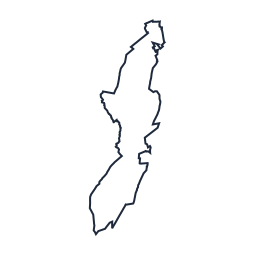 the district of San Buenaventura, Coahuila, Mexico, rotated 218°
{"feature_id": "50627088B12868426200060", "entity_name": "San Buenaventura", "entity_type": "district", "adm_level": 2, "iso_a3": "MEX", "parent_name": "Mexico", "parent_adm1": "Coahuila", "projection": "equal_earth", "projection_center": [-101.864, 27.841], "detail": "fine", "context": "isolated", "style": "outline", "palette": "slate", "viewbox_px": 256, "rotation_deg": 218, "n_neighbors": 0, "source": "geoboundaries", "source_scale": "gbopen_adm2", "svg_char_len": 5140}
<svg xmlns="http://www.w3.org/2000/svg" viewBox="0 0 256 256"><g transform="rotate(218 128 128)"><path d="M170.2,141.4L169.7,140.3L169.9,139.2L170.2,137.6L168.4,135.7L165.1,134.9L165.0,134.2L165.3,133.3L164.7,133.0L164.3,132.2L162.3,133.0L161.2,132.3L160.9,131.3L159.9,131.0L158.8,129.5L158.5,129.4L155.7,129.0L154.8,128.8L154.7,128.7L154.1,128.3L153.4,127.9L152.5,127.6L151.8,127.3L151.4,127.6L150.5,127.3L149.9,127.2L149.4,127.3L148.9,127.1L148.0,126.2L147.7,126.3L147.3,126.1L147.0,125.6L146.6,125.4L145.2,125.1L144.7,124.9L144.1,124.6L143.4,123.9L142.9,123.7L142.7,123.9L142.7,124.3L141.9,127.4L141.5,127.1L141.4,127.1L141.2,127.1L140.8,126.7L140.6,126.9L140.3,126.7L139.6,127.1L139.1,126.9L138.8,126.8L138.0,126.7L137.1,125.4L136.6,125.4L136.4,125.2L136.0,125.1L135.2,124.5L135.1,124.1L134.6,123.8L134.1,123.8L134.0,123.5L133.6,123.4L133.4,122.8L132.8,121.7L132.5,121.5L132.3,121.0L132.1,120.5L132.1,119.6L131.7,119.3L131.2,119.0L130.6,117.4L130.3,117.4L130.0,117.4L129.8,116.8L129.6,116.7L129.3,116.3L129.0,115.1L128.6,114.1L128.2,113.9L128.0,113.7L127.8,113.6L127.2,112.8L126.5,112.3L126.6,111.6L126.7,111.3L126.5,110.7L126.6,110.1L127.0,109.4L127.3,108.9L127.5,108.3L127.2,107.9L126.9,107.6L126.6,107.4L126.3,107.5L126.0,107.1L125.9,106.8L125.8,106.4L126.0,105.7L125.4,105.6L123.6,106.1L121.9,105.6L121.3,104.3L120.7,103.1L118.5,102.5L115.6,102.1L117.5,92.7L117.5,92.1L118.0,88.0L118.0,86.2L117.6,83.8L117.2,80.3L116.9,79.1L116.8,78.8L116.9,76.8L116.9,76.7L116.9,76.3L117.0,75.3L117.1,74.4L117.1,73.8L117.3,73.2L117.3,72.4L117.1,71.8L117.2,70.7L117.4,69.3L117.3,67.7L116.5,66.8L116.2,66.4L117.0,62.9L116.6,59.6L116.3,54.8L116.2,53.0L115.4,50.4L113.4,47.7L111.6,45.5L108.7,41.3L105.3,39.8L102.0,38.3L99.0,35.1L95.9,31.8L94.4,30.4L92.4,26.9L91.9,26.1L90.1,25.7L87.9,24.6L87.9,28.5L86.0,31.4L84.0,34.5L84.1,36.7L84.1,40.3L84.1,42.1L82.8,44.5L80.8,41.8L78.7,39.2L79.1,41.3L79.6,45.5L79.8,46.7L80.8,53.4L81.2,56.4L81.6,59.3L82.0,61.9L82.3,64.4L82.7,66.1L82.7,66.4L82.1,66.6L77.4,71.7L77.4,71.8L77.8,73.1L78.4,74.6L79.5,76.7L80.7,79.1L81.9,81.4L82.2,82.3L82.2,82.6L82.3,82.9L82.5,83.5L82.7,84.2L82.7,84.6L83.1,85.0L83.4,85.7L83.6,86.5L83.6,87.3L83.9,87.9L84.4,88.5L84.7,89.2L84.9,89.5L84.9,90.2L84.9,90.4L85.9,93.6L87.8,101.9L87.5,106.0L88.6,107.9L88.9,108.4L88.9,108.6L89.0,108.7L89.0,108.8L89.1,109.0L89.4,109.1L89.6,109.3L89.4,109.7L89.6,110.3L89.8,110.7L90.0,110.9L90.1,111.3L90.3,111.5L90.6,112.1L90.9,112.4L92.5,111.0L94.0,109.6L95.9,107.9L96.0,107.9L96.6,107.4L97.0,107.3L97.5,107.9L99.8,111.5L100.9,110.8L101.7,112.0L103.3,114.5L100.1,120.2L99.5,120.5L99.7,120.8L98.5,121.3L97.5,122.1L95.3,122.1L95.5,122.3L96.9,124.0L97.4,124.8L97.5,125.2L97.9,125.9L98.0,126.4L98.6,126.9L99.1,127.1L99.6,127.3L100.3,125.0L102.9,126.9L103.5,126.8L104.6,126.5L108.8,130.7L107.0,137.7L104.8,146.4L106.4,150.9L110.6,146.1L111.8,149.4L111.9,150.3L112.1,150.9L112.3,152.5L112.6,153.5L112.8,154.9L113.0,155.6L113.1,156.4L113.4,157.1L113.4,157.6L113.7,158.2L114.3,160.1L114.3,160.4L115.0,162.0L115.6,163.0L116.9,165.2L117.0,165.7L117.3,166.2L117.7,167.0L118.1,167.8L118.9,168.9L119.6,169.4L120.3,169.8L121.2,170.5L121.9,171.4L122.5,172.1L123.4,173.2L123.6,173.4L127.8,174.7L129.3,173.6L130.1,171.9L130.6,171.9L135.5,171.8L135.8,172.2L137.3,175.1L138.2,177.0L138.9,177.9L140.6,181.7L143.1,185.8L145.3,190.5L145.2,195.5L145.6,197.7L145.8,198.6L146.5,198.6L146.8,199.6L147.4,199.9L150.8,201.9L150.2,204.1L151.7,206.2L152.2,207.0L152.5,207.5L152.5,208.1L153.3,206.9L153.1,206.4L152.8,205.6L152.9,205.1L153.0,205.0L153.5,205.2L154.7,205.8L157.1,207.1L157.2,206.9L157.4,206.4L158.1,206.8L157.2,208.8L161.1,210.5L155.6,212.6L156.0,211.8L152.5,210.9L151.3,210.6L150.8,213.3L150.7,213.7L151.1,213.8L151.9,214.0L152.3,214.1L152.2,215.2L152.3,215.2L152.3,215.3L151.9,218.1L152.1,218.1L152.3,218.0L152.5,218.0L152.8,218.3L155.1,220.3L159.5,224.4L160.0,224.8L160.3,225.1L160.6,225.3L161.0,225.7L161.2,225.8L161.9,226.4L162.1,226.3L162.5,226.7L162.4,226.8L162.5,227.3L162.8,227.7L163.1,227.3L163.4,227.9L163.5,227.8L164.0,227.7L164.6,227.7L165.2,227.5L165.4,227.4L165.6,227.4L165.7,227.5L165.8,227.6L165.9,227.8L166.0,227.9L166.2,228.3L166.3,228.3L166.4,228.5L166.5,228.5L166.8,228.6L166.9,228.8L167.6,230.0L167.6,229.9L167.7,230.2L168.1,230.8L168.5,231.4L169.2,230.8L169.4,230.7L170.6,229.6L172.1,228.4L173.8,227.0L174.0,227.2L174.7,227.8L174.8,227.6L175.5,226.4L176.4,224.8L176.9,223.8L177.4,222.9L177.5,222.7L177.8,222.3L178.0,221.9L178.2,221.5L178.4,221.1L178.6,220.7L176.8,220.0L176.7,219.2L176.4,217.8L176.3,217.2L175.6,216.6L174.3,216.0L174.0,215.8L173.5,215.6L172.6,215.2L172.4,215.1L172.0,215.2L171.9,215.4L171.6,215.5L171.5,215.3L171.4,215.4L171.3,215.2L171.1,215.1L170.7,215.1L170.8,214.4L170.9,214.0L172.0,209.3L172.7,206.5L173.8,201.5L174.3,199.3L174.4,199.2L174.6,198.2L175.6,193.7L174.1,193.7L172.5,193.6L174.4,184.7L171.3,178.9L170.7,177.5L170.5,174.0L170.4,171.3L170.2,170.5L170.0,169.7L169.4,168.6L168.6,166.8L168.3,166.0L167.4,164.9L166.3,162.6L165.5,161.4L164.6,159.7L163.5,157.6L163.2,156.9L161.8,153.9L161.8,153.1L161.5,151.5L161.2,149.8L161.1,149.6L160.3,146.6L164.1,144.6L170.2,141.4Z" fill="none" stroke="#1e293b" stroke-width="2"/></g></svg>